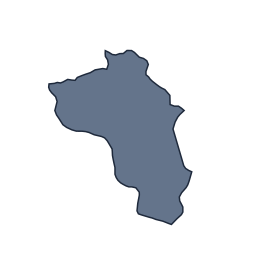 outline of Barra Bonita, São Paulo, Brazil, rotated 31°
{"feature_id": "56859067B6944721508308", "entity_name": "Barra Bonita", "entity_type": "district", "adm_level": 2, "iso_a3": "BRA", "parent_name": "Brazil", "parent_adm1": "São Paulo", "projection": "mercator", "projection_center": [-48.547, -22.479], "detail": "fine", "context": "isolated", "style": "filled", "palette": "slate", "viewbox_px": 256, "rotation_deg": 31, "n_neighbors": 0, "source": "geoboundaries", "source_scale": "gbopen_adm2", "svg_char_len": 1479}
<svg xmlns="http://www.w3.org/2000/svg" viewBox="0 0 256 256"><g transform="rotate(31 128 128)"><path d="M160.0,83.3L156.5,85.4L152.0,86.2L147.1,78.5L139.8,76.1L136.4,76.4L133.7,76.4L130.5,76.1L124.9,75.4L121.8,74.7L119.3,73.6L116.0,73.1L114.3,70.4L112.7,63.1L109.5,60.7L105.5,60.4L101.2,61.5L94.6,59.9L91.1,59.8L87.2,62.1L85.6,66.6L82.6,68.5L79.9,71.7L76.7,73.1L72.6,73.0L68.7,73.4L70.2,76.1L71.8,78.3L75.4,80.1L78.4,83.5L79.5,88.6L75.8,90.0L69.9,95.1L67.2,100.0L64.0,103.7L61.5,106.8L58.5,110.8L58.1,114.4L55.1,115.9L51.3,117.4L48.6,122.0L46.9,124.2L43.9,125.4L42.0,127.6L37.6,130.9L39.0,133.9L41.2,135.8L44.3,137.1L49.9,138.5L53.6,141.8L56.3,150.7L60.0,153.6L63.7,155.3L66.7,156.8L70.5,158.7L75.1,159.1L80.8,158.5L85.3,157.3L90.3,154.4L93.5,152.9L96.9,151.9L102.5,151.2L109.7,148.9L113.0,148.5L116.7,149.6L121.2,152.0L125.2,154.2L126.9,156.6L128.8,159.5L131.0,162.0L134.4,165.7L137.2,168.6L140.7,174.4L143.5,176.6L146.3,178.0L149.9,178.8L153.0,178.8L156.3,178.6L159.1,178.0L161.6,176.5L165.5,175.2L170.7,177.2L172.3,179.7L175.2,187.6L178.4,194.4L181.1,196.2L184.1,195.6L192.4,193.5L195.0,192.7L199.0,192.0L205.9,189.9L212.0,188.9L214.9,188.3L216.7,180.5L218.4,174.8L218.3,171.8L215.7,167.5L213.2,165.9L209.9,163.9L207.5,160.7L207.3,155.8L208.5,149.2L208.5,146.0L207.7,142.0L205.2,132.7L201.9,133.1L198.2,133.0L195.2,131.6L167.1,105.7L166.3,102.7L165.3,98.6L165.0,93.0L165.5,89.7L167.1,84.1L163.7,83.5L160.0,83.3Z" fill="#64748b" stroke="#1e293b" stroke-width="1.5"/></g></svg>